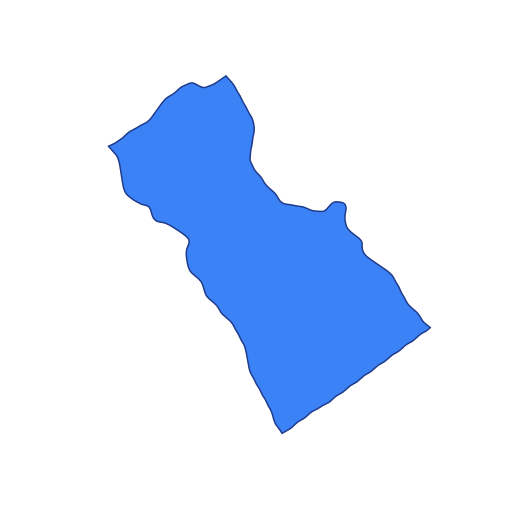 the district of Los Rios, Bahoruco, Dominican Republic, rotated 305°
{"feature_id": "3306468B61523317388818", "entity_name": "Los Rios", "entity_type": "district", "adm_level": 2, "iso_a3": "DOM", "parent_name": "Dominican Republic", "parent_adm1": "Bahoruco", "projection": "albers", "projection_center": [-71.562, 18.559], "detail": "fine", "context": "isolated", "style": "filled", "palette": "blue", "viewbox_px": 512, "rotation_deg": 305, "n_neighbors": 0, "source": "geoboundaries", "source_scale": "gbopen_adm2", "svg_char_len": 3064}
<svg xmlns="http://www.w3.org/2000/svg" viewBox="0 0 512 512"><g transform="rotate(305 256 256)"><path d="M386.3,128.1L373.7,123.4L370.6,121.6L365.0,117.9L364.3,117.0L363.3,115.0L362.8,112.8L362.1,107.0L361.4,104.9L360.8,103.9L359.2,102.4L352.4,98.3L350.1,97.4L343.8,96.0L341.4,95.3L336.0,92.8L332.3,91.7L326.8,91.2L309.8,91.0L307.1,90.8L304.4,90.3L302.0,89.4L296.8,86.6L292.2,84.6L285.8,81.3L283.4,80.5L275.9,78.9L267.2,75.6L261.3,72.2L258.5,83.6L258.0,84.8L256.7,87.1L255.1,89.2L252.4,92.2L240.6,103.6L236.8,107.4L234.3,110.5L233.0,112.9L232.5,114.1L232.0,116.7L231.8,119.3L231.7,123.4L232.0,127.4L232.7,132.5L234.6,137.6L234.8,139.6L234.6,140.7L233.6,142.8L229.8,147.6L228.5,149.7L228.0,150.8L227.6,153.2L227.6,154.4L228.2,156.7L230.1,160.8L231.0,163.2L231.7,167.2L232.1,172.8L232.3,182.7L232.1,186.8L231.7,189.3L231.4,190.4L230.9,191.5L230.1,192.4L229.2,193.1L227.2,194.0L221.6,195.4L219.4,196.6L217.2,198.0L214.2,200.6L210.3,204.4L207.8,207.4L206.4,209.6L205.9,210.8L205.2,213.3L204.3,222.4L203.7,224.9L203.3,226.1L202.7,227.3L201.3,229.5L196.4,235.7L195.1,238.0L194.7,239.2L194.1,241.8L193.3,249.6L192.9,252.1L192.1,254.4L189.6,259.8L189.0,262.2L188.0,271.3L187.5,273.9L186.7,276.2L184.0,281.5L182.0,286.1L178.5,292.3L176.5,296.9L175.0,299.1L171.5,303.2L160.7,314.1L158.9,316.1L157.3,318.3L156.1,320.6L154.0,325.0L151.1,330.2L149.2,334.9L145.7,341.1L143.8,345.8L140.3,352.0L138.2,356.5L136.0,359.8L131.7,365.0L129.6,368.3L127.1,375.6L125.7,379.1L134.3,383.1L136.7,383.8L143.0,385.1L145.3,386.0L150.7,388.5L153.1,389.2L158.1,390.3L160.6,391.1L166.9,394.4L171.6,396.3L177.9,399.7L180.4,400.4L185.4,401.5L187.8,402.2L194.2,405.2L204.1,407.7L210.6,410.8L220.5,413.3L226.9,416.3L236.8,418.8L243.3,421.9L253.2,424.4L259.6,427.4L262.1,428.2L268.3,429.5L270.6,430.4L276.0,433.0L278.4,433.7L284.6,435.1L287.0,435.9L292.3,438.5L297.3,439.8L297.6,434.5L297.9,431.9L298.5,429.4L300.9,424.0L301.7,421.7L302.2,419.2L303.0,411.4L303.9,407.6L304.9,405.4L307.1,401.2L309.1,396.6L312.7,390.5L314.7,385.9L317.4,380.7L318.3,378.2L318.8,375.4L319.1,371.1L318.9,353.5L319.0,349.2L319.2,346.4L319.9,343.7L320.9,341.4L322.3,339.6L323.9,338.0L327.3,335.6L328.0,334.8L328.6,333.8L329.1,332.7L329.6,330.2L330.0,320.6L330.4,317.9L331.1,315.2L332.4,312.8L335.0,309.7L338.1,307.0L341.4,305.0L345.7,303.1L347.4,301.9L348.8,300.2L349.3,299.3L349.5,298.2L349.5,297.1L348.9,295.1L347.0,291.5L345.7,289.8L344.8,289.0L342.8,288.1L340.5,287.6L334.7,287.0L332.5,286.3L331.5,285.7L330.7,284.9L329.4,283.1L326.5,278.2L325.5,276.1L324.8,273.6L323.8,268.6L323.1,266.1L319.9,259.7L317.9,255.1L315.8,251.0L314.9,248.9L314.7,247.6L314.7,245.2L314.9,244.0L315.7,241.9L317.6,237.7L318.3,235.3L319.4,226.2L319.9,223.7L320.6,221.3L323.1,215.9L323.8,213.5L324.8,208.5L325.5,206.0L326.5,203.9L329.9,197.9L331.3,196.1L333.1,194.8L340.1,190.8L345.8,188.4L351.0,185.6L355.6,183.7L357.9,182.4L360.1,180.9L362.1,179.1L364.0,177.1L365.7,175.0L367.1,172.8L369.1,168.2L372.5,161.9L374.5,157.3L378.0,151.1L379.9,146.5L382.7,141.2L384.0,137.7L386.3,128.1Z" fill="#3b82f6" stroke="#1e3a8a" stroke-width="1.5"/></g></svg>